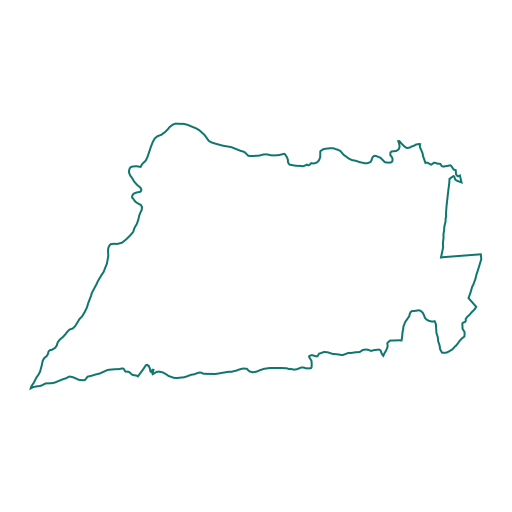 outline of Granada, Cundinamarca, Colombia
{"feature_id": "7082276B82763830232556", "entity_name": "Granada", "entity_type": "district", "adm_level": 2, "iso_a3": "COL", "parent_name": "Colombia", "parent_adm1": "Cundinamarca", "projection": "albers", "projection_center": [-74.329, 4.525], "detail": "fine", "context": "isolated", "style": "outline", "palette": "teal", "viewbox_px": 512, "rotation_deg": 0, "n_neighbors": 0, "source": "geoboundaries", "source_scale": "gbopen_adm2", "svg_char_len": 6055}
<svg xmlns="http://www.w3.org/2000/svg" viewBox="0 0 512 512"><path d="M164.7,132.4L163.1,133.4L161.5,134.7L157.3,136.3L154.7,138.5L153.7,140.4L152.8,141.9L151.0,146.5L147.5,156.9L146.0,160.1L145.1,161.3L142.3,163.9L140.6,166.9L136.2,166.2L132.9,166.5L130.9,167.0L129.7,168.4L129.0,170.9L129.1,172.9L130.3,175.7L132.3,178.3L134.0,181.4L137.2,185.0L140.0,187.3L140.8,188.2L141.4,189.9L141.0,190.9L140.2,191.8L136.7,192.5L134.3,193.3L133.6,193.8L133.1,194.2L132.4,195.5L132.0,197.0L132.4,198.0L133.2,198.6L133.8,199.7L135.6,201.9L138.1,203.5L140.9,205.0L142.0,207.1L141.7,210.0L140.7,211.9L139.3,215.3L138.5,218.9L137.4,222.4L136.6,224.4L135.2,226.6L134.1,228.8L133.3,231.7L132.8,232.4L130.0,235.6L125.9,239.6L122.0,242.7L117.6,243.9L113.4,243.8L110.6,244.2L109.5,245.5L108.5,247.4L108.0,249.8L108.3,255.9L106.9,263.6L103.5,272.2L101.5,275.0L97.7,281.5L96.6,284.0L91.7,293.2L91.1,295.7L88.2,303.2L87.0,307.3L84.8,311.9L82.1,316.4L79.5,319.0L75.1,326.2L72.9,328.4L69.3,329.7L67.1,332.0L65.2,334.5L62.7,337.2L60.0,339.4L58.0,341.9L57.2,343.8L56.9,345.3L55.2,347.8L51.7,349.9L50.1,350.1L49.3,350.7L48.6,351.5L47.7,354.5L46.5,356.3L44.4,357.9L43.1,360.0L42.5,361.6L41.8,365.2L40.1,371.5L38.6,374.5L36.5,377.4L33.4,383.5L32.7,384.2L31.0,387.2L30.7,388.4L32.9,387.2L36.0,386.5L40.0,386.0L42.7,385.0L43.8,384.3L45.9,383.4L51.9,383.2L54.7,382.6L62.7,379.3L66.0,378.3L69.2,376.6L70.2,376.6L73.2,377.3L79.1,379.9L82.4,380.2L84.5,380.2L85.3,379.6L87.4,376.9L88.0,376.5L88.9,376.4L93.2,375.3L95.1,374.6L99.5,373.6L107.5,370.0L109.5,369.7L115.4,369.2L119.5,369.1L121.7,368.5L123.4,368.6L124.3,369.7L124.9,371.0L125.6,371.6L128.1,371.7L129.5,372.3L132.0,374.6L133.0,375.0L136.9,375.7L137.9,376.4L143.2,369.3L145.6,365.6L146.3,365.0L147.5,364.9L148.7,366.4L149.0,366.3L150.1,369.3L150.4,371.3L150.7,371.8L151.0,371.9L151.7,371.6L152.1,370.9L152.3,370.1L152.8,369.7L153.5,369.8L153.5,370.2L153.0,371.1L152.5,372.8L152.4,373.5L152.7,374.2L156.6,371.9L159.1,371.6L162.8,372.4L166.5,374.5L168.6,376.0L174.1,377.9L177.6,378.0L181.1,377.5L183.5,377.4L186.6,376.5L190.2,375.1L191.9,374.6L193.5,374.5L198.3,372.8L199.9,372.5L201.1,372.6L202.2,373.3L204.3,373.8L214.6,374.0L217.4,373.7L228.2,371.8L231.6,371.8L234.4,371.0L236.6,370.6L238.0,369.9L241.3,368.9L243.4,368.5L246.9,368.8L248.4,370.5L249.6,371.4L252.7,372.3L256.4,371.7L260.2,370.1L264.1,368.8L270.0,368.0L281.6,368.0L286.8,368.3L289.4,369.2L290.6,368.9L293.2,369.5L294.5,369.6L296.8,369.3L300.7,367.7L302.4,367.4L304.6,367.8L305.8,368.3L309.5,368.4L311.0,368.1L311.6,367.1L311.7,363.8L311.5,360.9L309.4,357.4L309.1,356.6L309.2,356.1L310.5,355.5L311.9,355.1L316.5,356.4L317.4,356.2L318.0,355.5L318.6,354.3L319.2,353.6L320.4,353.3L324.3,351.9L326.1,352.2L327.8,352.3L332.5,353.9L337.2,354.3L342.6,355.1L348.2,353.0L351.6,352.9L356.0,352.2L358.5,352.2L359.9,351.9L362.6,350.1L364.7,349.6L366.7,349.6L368.6,349.9L370.3,350.7L371.2,350.9L374.6,350.0L376.3,349.9L378.0,349.6L379.3,349.7L380.5,350.4L381.7,353.5L382.6,355.0L383.3,355.8L384.2,353.7L386.1,350.5L387.5,347.1L387.6,345.2L387.3,343.8L387.6,342.8L390.0,340.6L399.5,340.3L401.5,340.5L402.1,337.2L402.5,332.4L403.2,329.1L403.4,326.6L405.2,322.0L409.2,316.3L409.7,314.1L410.5,312.3L411.6,311.2L416.6,310.7L418.1,310.3L419.1,310.3L420.8,311.0L422.7,312.7L424.1,315.4L424.9,317.9L426.6,319.6L428.8,320.8L432.0,321.6L433.3,321.5L434.6,321.2L435.9,324.1L436.4,332.8L437.8,337.3L438.2,341.5L439.2,344.1L439.8,346.5L440.0,348.9L441.8,352.4L442.2,352.7L444.4,352.8L446.6,352.6L449.4,351.2L452.3,349.4L454.1,347.5L454.9,346.5L455.8,345.9L457.8,343.5L459.4,341.1L461.9,338.4L464.4,336.5L464.6,334.4L464.5,331.9L462.9,329.4L462.5,328.5L462.5,326.4L462.3,324.6L462.4,323.3L463.4,322.5L465.1,321.9L465.8,320.9L465.7,319.1L466.3,318.1L467.3,316.8L469.8,314.5L471.4,312.5L473.8,310.2L474.9,308.9L476.2,306.8L468.5,298.1L470.5,292.6L472.2,286.7L473.4,284.5L475.5,278.6L476.4,274.7L477.8,270.6L481.3,259.1L480.8,254.3L444.1,257.1L441.0,257.5L443.1,247.4L442.9,243.2L443.6,237.2L443.4,235.7L443.7,232.5L444.2,230.4L444.2,227.3L444.5,226.4L444.6,225.3L445.4,222.3L445.6,220.9L445.6,218.7L446.1,216.6L446.0,213.5L446.5,206.3L448.3,190.5L449.3,182.7L449.5,178.9L452.6,176.6L453.2,176.2L453.7,176.1L454.5,177.1L454.8,178.6L455.4,179.7L456.7,180.6L458.7,181.4L461.5,182.4L459.9,175.5L458.7,176.1L457.9,176.3L457.2,175.8L456.2,174.6L455.9,173.4L455.9,171.9L455.7,170.2L453.7,169.6L451.2,165.9L450.2,165.3L448.6,165.7L443.3,166.6L442.6,166.4L441.7,166.0L440.3,163.9L438.9,163.7L437.3,163.7L435.6,162.9L434.0,162.7L431.4,164.6L430.6,164.5L427.5,162.7L426.3,162.7L425.4,162.9L423.7,157.9L423.0,156.1L422.7,153.8L421.6,150.9L420.0,147.4L419.8,145.1L420.1,144.2L418.9,144.0L415.8,144.6L414.8,145.3L413.3,146.0L412.3,146.2L411.2,146.7L410.2,147.4L408.0,147.9L407.1,148.0L406.1,147.6L405.1,147.0L403.0,145.1L400.5,142.5L399.9,141.6L399.1,141.0L398.2,141.2L399.0,142.9L399.6,146.5L399.0,148.8L397.8,150.0L396.1,151.0L391.5,151.5L390.9,152.0L390.4,152.7L390.3,155.1L391.5,156.6L392.5,158.4L392.5,159.1L392.5,160.6L392.0,161.7L390.6,162.6L387.6,162.6L384.9,162.2L380.5,157.8L376.1,156.0L374.7,155.8L373.8,156.1L373.2,156.6L372.3,157.9L371.4,160.5L370.7,161.8L368.9,162.7L367.0,163.3L364.6,163.2L359.6,162.1L357.0,161.2L355.0,160.6L352.3,160.2L349.2,158.8L343.5,154.7L340.6,151.2L338.1,149.8L336.5,149.4L333.9,148.4L332.5,148.3L330.5,148.2L325.2,148.8L323.4,149.2L320.8,150.8L320.3,151.4L320.2,157.2L319.0,160.2L318.4,161.0L316.9,162.4L315.9,162.9L314.1,163.4L312.4,163.4L311.2,163.2L310.7,163.4L310.6,163.8L309.9,164.6L308.5,165.3L307.8,165.2L306.9,164.6L306.4,165.0L302.8,166.3L300.4,165.9L296.0,165.8L289.8,164.7L288.8,163.8L288.0,162.2L287.9,160.0L287.6,158.9L286.9,157.2L285.2,154.5L284.1,153.8L278.9,155.1L274.7,155.4L271.0,155.3L267.2,154.4L263.8,154.4L259.3,155.6L253.1,156.0L250.7,156.0L248.3,155.8L244.8,152.3L243.1,151.5L241.0,151.0L231.2,147.1L222.9,145.7L214.5,143.4L211.2,142.3L208.8,140.9L204.5,134.9L199.3,130.2L195.8,128.2L193.2,127.2L187.8,124.9L183.9,123.9L178.6,123.8L175.6,123.6L172.9,124.6L169.6,127.0L167.8,129.3L164.7,132.4Z" fill="none" stroke="#0f766e" stroke-width="2"/></svg>